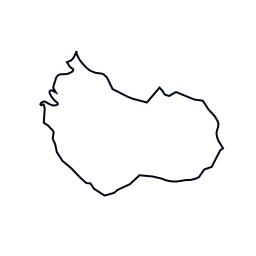 outline of Daga, rotated 130°
{"feature_id": "BTN-2434", "entity_name": "Daga", "entity_type": "District", "adm_level": 1, "iso_a3": "BTN", "parent_name": "Bhutan", "parent_adm1": "", "projection": "natural_earth1", "projection_center": [89.858, 27.036], "detail": "fine", "context": "isolated", "style": "outline", "palette": "ink", "viewbox_px": 256, "rotation_deg": 130, "n_neighbors": 0, "source": "natural_earth", "source_scale": "10m", "svg_char_len": 1530}
<svg xmlns="http://www.w3.org/2000/svg" viewBox="0 0 256 256"><g transform="rotate(130 128 128)"><path d="M104.0,38.9L110.7,42.9L119.9,42.1L122.5,43.1L127.1,46.3L130.9,50.4L137.7,56.3L140.8,60.2L143.0,63.9L143.8,65.8L145.4,70.3L149.4,78.1L156.8,88.8L169.7,90.4L181.9,96.1L186.7,97.0L194.8,102.5L196.4,114.9L194.6,121.2L197.0,124.6L196.7,133.1L195.4,144.9L195.3,146.2L195.3,157.1L192.2,167.1L187.4,173.1L184.5,178.9L179.0,182.2L178.0,184.8L178.1,186.6L177.5,190.1L177.5,191.6L178.1,195.0L178.0,196.0L166.5,204.4L165.4,205.9L164.2,207.8L164.9,208.4L165.7,208.9L166.3,209.0L166.1,210.4L164.7,210.7L163.0,210.3L161.5,209.2L160.8,207.5L160.6,205.0L159.8,202.2L158.8,199.6L156.2,197.3L154.9,197.1L154.1,198.0L154.1,201.4L153.8,204.2L153.0,207.4L151.7,210.4L150.6,211.5L149.5,211.7L148.6,211.1L148.0,210.3L147.8,209.2L147.6,208.3L147.1,206.2L145.4,211.0L143.5,212.1L135.5,215.4L132.6,215.5L130.4,214.4L127.2,210.8L125.1,208.9L121.0,207.0L119.1,207.0L118.2,207.8L118.5,210.8L118.4,212.4L117.9,213.9L117.5,214.9L116.9,217.1L112.8,215.0L111.6,214.9L109.3,214.9L107.8,215.1L102.2,216.8L104.0,215.1L104.7,214.0L106.7,209.5L107.4,206.8L108.2,202.2L108.6,197.2L108.3,193.5L106.7,188.5L103.2,183.0L102.6,181.4L102.8,176.7L108.1,164.9L104.2,148.1L102.6,143.3L96.3,129.9L76.8,129.8L77.5,124.8L78.3,123.1L78.7,121.0L77.0,117.1L69.6,114.4L63.6,95.6L59.0,88.2L62.1,78.0L63.2,69.2L64.8,64.6L66.3,61.8L67.9,60.5L69.6,59.5L73.2,58.0L75.1,56.9L77.7,54.0L79.8,50.2L82.4,42.2L85.9,43.0L104.0,38.9Z" fill="none" stroke="#020617" stroke-width="2"/></g></svg>